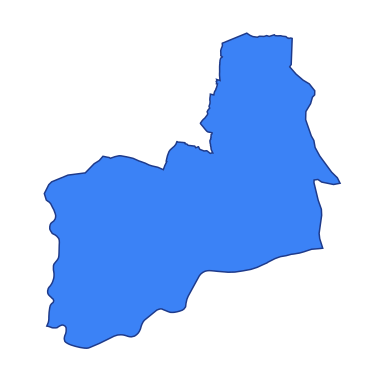 outline of Estanzuela, Zacapa, Guatemala, rotated 183°
{"feature_id": "79465075B47925591058231", "entity_name": "Estanzuela", "entity_type": "district", "adm_level": 2, "iso_a3": "GTM", "parent_name": "Guatemala", "parent_adm1": "Zacapa", "projection": "mercator", "projection_center": [-89.606, 14.975], "detail": "fine", "context": "isolated", "style": "filled", "palette": "blue", "viewbox_px": 384, "rotation_deg": 183, "n_neighbors": 0, "source": "geoboundaries", "source_scale": "gbopen_adm2", "svg_char_len": 5611}
<svg xmlns="http://www.w3.org/2000/svg" viewBox="0 0 384 384"><g transform="rotate(183 192 192)"><path d="M330.0,50.5L328.4,50.3L326.3,49.7L324.5,49.1L323.1,49.1L320.9,49.2L319.5,49.5L318.2,50.6L316.6,51.6L314.8,52.4L313.2,52.2L311.7,51.4L310.7,50.1L310.5,48.8L310.4,46.3L310.6,44.7L310.9,43.4L311.4,42.2L311.8,40.4L311.9,38.7L311.2,36.3L310.3,35.4L308.8,34.5L307.1,33.7L304.8,32.9L300.4,31.8L295.6,30.9L291.5,30.5L289.0,30.5L287.3,30.8L285.7,31.5L281.6,33.5L276.5,36.0L267.7,40.9L262.4,43.9L258.8,45.3L255.6,45.7L254.1,45.7L252.9,45.6L251.3,45.3L249.7,44.9L248.3,44.5L246.5,44.2L244.9,44.2L242.1,45.0L241.0,45.7L239.7,46.8L238.2,48.5L237.2,50.3L236.3,52.6L235.7,55.4L235.1,57.3L234.2,59.4L232.9,61.4L221.0,72.2L219.1,73.1L217.5,73.6L215.9,73.6L214.5,73.0L212.4,72.3L209.9,71.4L207.4,70.7L205.6,70.7L203.5,70.9L200.6,71.6L198.1,72.4L195.5,73.5L193.9,74.7L192.4,77.0L192.3,78.5L192.2,80.3L191.5,84.5L190.4,87.7L185.8,97.3L180.4,108.5L179.1,110.4L177.1,112.2L174.9,113.5L172.9,114.1L170.8,114.4L168.5,114.4L165.8,114.3L162.1,114.1L151.7,113.8L145.0,114.3L137.1,115.9L129.2,117.8L122.9,120.2L118.0,122.8L114.7,124.5L113.6,125.0L112.3,126.0L105.7,129.8L102.9,131.0L100.2,132.1L97.5,132.7L94.8,133.3L92.6,134.0L89.6,135.0L87.2,135.4L81.4,136.7L77.0,138.2L72.7,139.9L69.5,141.1L62.2,142.1L58.5,142.7L62.0,152.0L62.9,157.3L61.3,175.5L61.9,181.5L65.6,190.5L70.7,207.7L70.7,210.4L66.9,211.1L63.0,208.7L51.0,206.9L44.6,208.5L47.6,213.8L53.6,219.1L66.3,234.6L71.4,242.9L73.0,249.8L75.8,254.2L82.3,270.2L82.5,278.3L78.2,286.4L76.7,293.0L74.6,295.4L74.7,299.5L80.5,306.1L86.9,309.5L94.3,315.2L101.0,322.1L99.6,324.5L100.0,350.6L100.7,350.8L102.0,350.9L103.2,350.4L103.9,350.8L104.7,350.8L106.3,352.1L107.7,352.2L109.7,352.3L111.6,352.7L114.7,352.4L117.2,352.5L118.0,353.3L121.5,352.0L123.0,351.4L125.6,352.1L128.2,351.1L131.0,351.1L133.0,351.0L134.8,350.0L139.4,350.4L142.5,351.6L145.6,353.5L169.5,342.2L169.6,341.5L169.4,340.8L169.3,339.9L169.4,339.2L169.9,337.6L170.1,337.2L170.3,336.5L170.3,336.3L170.4,336.1L170.7,334.9L170.7,334.6L170.7,334.0L170.6,333.2L170.5,332.5L170.5,331.9L170.4,331.2L170.4,330.1L170.4,329.7L170.2,329.4L169.9,329.3L169.5,329.1L169.3,328.9L168.8,328.5L169.2,328.0L169.5,327.8L169.9,327.6L170.1,327.4L170.3,327.1L170.5,326.7L170.7,325.8L170.8,325.2L170.9,324.7L170.9,324.1L170.9,323.3L171.0,322.5L170.9,321.8L170.9,321.3L171.0,321.0L171.0,320.7L170.9,320.5L171.0,320.2L171.0,318.5L170.7,313.4L170.7,311.7L170.6,309.8L170.4,308.4L170.1,306.2L169.8,304.8L173.3,305.7L173.1,305.2L172.9,304.7L172.9,304.4L173.3,304.1L173.6,303.8L173.2,303.1L173.2,302.4L173.3,301.4L172.2,301.3L172.4,300.3L172.5,299.6L172.6,299.2L173.0,297.6L173.1,297.2L173.3,296.8L173.5,296.2L173.8,295.0L174.1,294.4L174.5,293.9L174.8,293.1L174.9,292.6L175.0,292.0L175.2,291.0L175.3,290.1L178.8,290.7L178.8,289.1L178.9,287.9L179.0,286.9L179.0,286.3L179.0,285.7L179.0,284.7L178.7,283.7L178.7,281.2L179.5,278.5L179.0,277.3L178.7,276.7L179.0,276.4L180.3,274.7L180.8,273.6L181.1,272.9L180.4,271.3L180.6,270.1L181.2,269.2L183.2,266.3L184.5,265.1L185.7,263.6L186.4,262.4L186.9,261.7L187.2,261.1L186.9,260.5L184.7,258.1L181.9,255.0L180.4,253.5L179.9,253.2L179.2,252.8L176.7,252.5L175.1,252.2L175.0,251.7L175.1,251.2L175.4,250.7L175.9,250.3L175.8,249.6L176.0,248.5L175.8,247.8L175.8,247.4L176.2,246.8L176.1,246.4L176.0,246.1L176.0,245.7L176.3,245.4L176.7,244.6L176.8,243.9L176.6,242.9L176.5,241.9L176.0,240.6L176.0,239.8L175.7,238.6L175.4,237.7L175.3,236.7L175.1,235.8L174.9,235.1L174.0,233.4L173.3,232.1L173.7,232.1L174.4,232.0L175.3,231.7L175.7,231.5L175.9,231.6L176.4,231.9L176.9,232.3L177.9,233.0L179.3,233.9L179.4,234.0L179.5,234.0L180.1,233.9L180.8,233.8L181.2,233.7L181.5,233.7L182.0,233.6L182.3,233.6L182.7,233.8L184.0,234.2L184.9,234.5L186.2,234.9L186.5,235.1L186.9,235.8L187.9,237.5L188.1,237.5L188.3,237.4L188.6,237.3L189.1,237.0L190.6,236.4L190.7,236.5L190.9,236.7L191.2,237.3L191.4,237.7L191.5,237.8L191.8,238.0L192.3,238.0L192.7,238.0L194.0,238.1L196.3,238.3L197.6,238.3L198.2,238.5L198.7,238.7L199.0,239.0L199.5,239.5L200.5,239.7L201.3,239.8L201.5,240.0L201.5,240.3L201.6,240.7L201.6,240.8L201.8,240.9L202.3,240.9L202.9,240.9L203.5,241.0L204.7,241.0L206.3,241.1L208.0,241.1L208.7,241.1L209.0,241.2L209.3,241.3L209.4,241.5L209.7,241.5L210.7,238.6L211.5,237.6L212.1,236.7L213.6,235.3L214.9,234.0L215.9,233.0L217.1,231.1L218.4,227.0L219.0,223.9L219.4,221.4L218.8,221.1L220.6,216.7L221.8,212.8L227.4,214.9L233.1,215.9L236.3,216.7L240.1,218.3L244.0,219.5L246.8,220.3L252.5,222.5L256.2,223.2L259.3,223.7L262.4,224.1L264.8,224.4L266.2,224.4L267.4,224.2L270.9,223.2L275.3,221.4L275.7,221.7L276.0,221.8L276.2,222.0L276.5,222.1L276.8,222.1L277.2,222.2L277.7,222.3L278.3,222.3L280.1,222.6L281.3,222.8L282.8,223.0L286.2,218.6L291.2,215.1L299.6,205.5L316.7,202.4L332.7,194.8L335.4,191.8L339.4,182.7L337.1,176.4L335.7,175.4L334.0,174.4L332.5,172.9L330.3,169.0L329.1,167.1L327.4,163.1L326.9,161.4L326.9,159.8L327.2,158.0L328.6,155.7L330.1,154.5L331.3,153.3L331.9,151.8L332.2,149.9L332.1,147.6L331.3,146.0L329.4,143.3L328.3,142.8L326.3,141.9L324.6,140.7L323.5,139.5L322.6,138.5L322.0,136.6L321.8,134.5L321.8,131.9L321.6,124.4L321.6,121.3L321.9,119.2L322.6,117.7L323.5,116.3L324.5,115.0L326.1,112.7L326.5,111.1L326.4,108.3L326.3,106.9L325.8,104.9L325.5,103.2L325.4,100.9L325.5,99.0L325.9,97.2L326.5,95.0L327.2,93.3L328.5,91.0L329.8,89.4L330.5,88.1L331.0,85.7L330.8,83.6L330.0,82.0L328.4,80.5L327.4,79.7L326.1,78.5L325.1,77.8L324.4,76.2L324.8,74.5L326.4,73.1L327.5,71.4L328.0,69.1L328.2,66.9L328.3,65.6L328.4,64.3L328.4,62.1L328.4,59.7L328.3,57.8L328.4,55.9L328.7,54.1L330.0,50.5Z" fill="#3b82f6" stroke="#1e3a8a" stroke-width="1.5"/></g></svg>